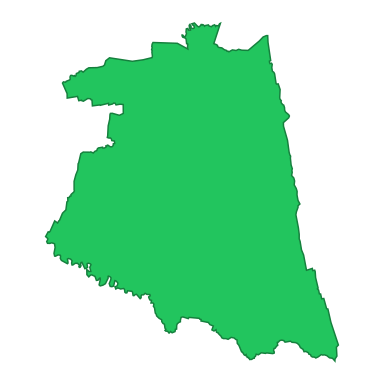 Phra Phrom, Nakhon Si Thammarat, Thailand
{"feature_id": "78962969B31932959470033", "entity_name": "Phra Phrom", "entity_type": "district", "adm_level": 2, "iso_a3": "THA", "parent_name": "Thailand", "parent_adm1": "Nakhon Si Thammarat", "projection": "natural_earth1", "projection_center": [99.929, 8.325], "detail": "fine", "context": "isolated", "style": "filled", "palette": "green", "viewbox_px": 384, "rotation_deg": 0, "n_neighbors": 0, "source": "geoboundaries", "source_scale": "gbopen_adm2", "svg_char_len": 5872}
<svg xmlns="http://www.w3.org/2000/svg" viewBox="0 0 384 384"><path d="M334.9,361.0L335.0,359.0L336.9,356.1L336.4,347.2L338.4,345.0L330.9,322.3L327.9,309.0L326.6,308.7L323.8,298.5L321.7,298.8L320.6,294.0L319.4,293.9L318.6,290.1L317.4,288.9L318.1,288.1L315.6,277.6L315.2,271.7L314.7,270.2L312.7,270.6L312.3,268.4L306.5,270.3L303.6,255.0L301.5,249.9L300.1,241.4L299.2,238.8L299.2,234.3L298.4,227.9L295.9,214.8L296.4,211.8L298.0,207.4L298.0,205.8L299.9,204.0L298.0,200.4L297.0,194.9L297.1,191.3L296.2,188.4L294.2,184.9L294.6,181.0L293.8,178.0L291.6,175.5L292.2,172.4L291.9,170.3L292.3,168.7L291.1,165.0L290.4,158.1L290.6,156.1L289.8,154.8L289.1,152.2L287.5,140.3L283.5,126.2L283.4,122.6L288.7,117.8L289.4,116.0L288.6,114.6L285.6,112.1L284.7,110.4L284.5,107.5L283.7,105.1L282.8,104.7L281.3,102.9L281.0,101.8L281.3,100.8L279.9,98.9L279.7,97.7L280.1,89.5L278.2,83.9L276.6,84.1L276.1,83.6L274.6,73.8L273.9,72.4L272.4,71.2L271.8,67.6L272.2,64.3L271.5,63.2L270.0,63.6L269.5,62.4L269.4,61.1L270.7,60.6L268.0,42.3L267.7,35.6L266.4,35.6L263.1,37.0L259.3,41.0L248.2,50.4L241.8,50.2L238.7,49.3L236.1,50.5L232.4,49.9L228.9,51.8L228.4,51.3L227.0,51.3L226.7,50.5L224.3,49.7L221.9,47.9L218.7,47.4L217.6,46.5L217.5,45.4L216.6,44.7L213.8,43.6L220.4,23.3L219.6,23.7L218.4,25.8L216.2,25.6L215.6,26.4L214.6,24.8L212.5,25.6L211.5,26.7L209.2,26.1L208.4,24.9L205.0,25.6L204.6,26.2L203.4,24.9L202.6,24.6L202.1,25.2L201.2,24.5L199.6,26.6L198.8,26.9L197.5,26.2L194.4,23.0L191.8,23.8L192.5,24.3L192.9,25.2L193.9,25.7L194.3,27.7L193.9,28.2L193.0,28.6L190.8,27.8L191.1,26.7L190.6,26.2L190.8,25.5L189.8,24.5L189.2,25.3L189.4,27.8L190.5,29.5L190.5,30.2L188.5,30.2L188.3,29.2L187.4,28.5L186.3,28.9L186.0,32.0L186.5,33.6L185.3,36.6L183.8,36.4L182.7,35.0L182.0,35.1L182.3,36.5L182.9,37.3L184.7,37.8L186.1,39.0L186.6,43.7L187.5,43.7L187.8,44.2L187.5,47.1L187.8,49.0L177.3,43.3L153.0,42.5L152.1,44.2L151.8,46.6L152.2,47.6L151.6,49.8L152.2,50.6L151.9,52.1L152.4,56.0L152.1,57.6L143.1,59.8L132.3,61.3L109.5,57.8L105.8,60.7L104.5,65.0L102.9,66.3L97.2,67.6L88.8,67.8L86.4,69.2L83.1,72.2L81.5,70.9L79.2,71.3L79.0,72.5L76.4,73.5L75.9,75.7L75.1,76.4L74.4,75.6L73.7,76.1L71.8,75.3L70.6,75.5L70.0,77.0L70.2,79.0L69.7,79.9L66.2,81.3L65.6,82.2L63.4,81.9L62.5,83.1L67.1,93.6L67.2,98.1L77.5,96.4L78.8,100.7L81.6,100.2L81.8,100.7L83.4,101.2L87.8,98.5L90.5,98.8L91.2,99.9L92.0,100.1L92.4,105.9L100.0,104.9L100.2,105.3L108.5,103.3L108.7,105.0L112.5,104.0L113.7,103.1L115.1,103.2L116.0,104.9L120.1,104.2L123.2,104.5L123.3,113.4L119.4,115.3L112.3,113.3L110.4,113.4L110.0,114.5L109.7,119.2L108.2,125.8L107.7,135.7L107.3,137.5L109.1,138.1L110.4,137.9L111.3,138.8L111.8,140.6L114.4,141.0L114.7,143.5L113.3,143.8L113.2,145.6L111.9,146.8L110.3,146.8L107.8,145.1L107.0,145.4L106.8,146.0L105.9,146.0L106.2,146.9L104.5,148.0L102.9,148.1L102.6,147.2L98.5,147.9L97.5,148.6L96.7,150.6L94.9,151.3L93.3,153.0L90.8,151.9L89.8,152.2L83.2,152.1L80.8,153.7L78.7,162.7L78.1,163.8L77.8,169.9L75.8,174.9L74.1,181.3L74.1,189.9L74.4,190.9L73.7,192.1L71.0,194.5L70.9,196.0L69.8,196.2L69.3,197.4L67.7,197.7L67.9,201.0L66.9,201.9L65.9,209.9L62.5,213.2L59.5,220.4L58.7,221.0L57.6,223.0L54.7,220.9L50.2,231.1L49.3,232.2L48.2,231.8L45.6,236.6L47.8,238.6L47.8,239.4L46.7,241.6L47.5,243.3L49.9,243.4L51.7,242.8L54.5,243.7L55.1,247.5L54.0,253.4L54.6,256.1L55.5,256.2L58.1,254.9L60.2,255.2L60.6,256.0L60.3,258.4L61.4,260.4L67.4,263.7L67.9,263.3L68.0,262.1L67.4,259.1L68.3,258.5L70.6,259.1L72.0,260.7L71.6,263.1L72.0,265.0L72.8,265.0L75.2,263.3L77.5,263.3L79.4,265.1L78.9,266.7L79.4,267.4L80.1,267.3L81.0,265.8L80.6,264.0L80.9,262.6L81.9,262.3L84.9,268.7L86.7,268.1L87.6,267.3L87.0,264.1L87.4,263.5L88.4,263.2L90.5,263.9L91.0,264.7L89.8,267.3L90.8,271.4L88.9,271.5L87.5,270.0L86.8,269.8L86.9,274.7L88.8,276.9L90.5,275.1L91.8,274.9L95.0,276.4L96.4,280.4L98.0,280.2L99.5,278.2L100.1,278.1L100.3,279.3L99.1,284.9L100.2,285.9L102.9,285.2L105.4,283.7L108.1,278.2L108.1,276.3L108.6,276.1L110.4,277.0L111.0,277.9L110.8,279.6L109.2,283.6L110.2,286.4L111.9,286.7L113.6,286.1L114.9,280.6L115.8,280.8L117.6,282.6L117.9,283.5L117.2,285.8L115.0,286.9L115.8,289.0L117.8,287.9L120.6,289.0L123.7,288.5L124.5,289.5L124.9,292.3L125.9,293.0L126.9,292.8L127.6,290.8L131.9,291.3L132.5,292.1L133.1,295.5L133.9,295.7L135.2,294.6L136.5,294.3L140.2,298.6L141.1,297.8L141.1,295.9L141.6,294.9L143.6,294.8L145.1,293.3L146.9,294.4L149.8,294.5L150.2,295.8L148.7,296.8L148.7,297.4L149.8,299.9L151.5,300.4L151.0,303.0L152.8,302.9L153.9,304.1L153.4,306.3L154.5,307.8L155.3,313.1L156.3,314.4L156.6,315.9L159.2,318.4L161.6,319.7L161.8,321.7L163.0,323.5L164.4,324.2L165.0,328.2L165.9,329.2L165.0,330.4L165.8,331.1L167.7,331.3L168.9,333.0L169.3,333.0L170.6,331.5L172.1,332.8L175.0,331.6L175.4,329.3L176.6,329.1L176.7,325.4L177.2,323.9L178.9,322.4L180.4,321.8L180.4,320.2L181.1,317.4L182.8,316.9L188.3,318.6L189.0,317.4L199.2,318.3L199.7,319.1L201.1,319.5L201.0,321.0L208.4,322.5L209.9,324.6L213.3,326.0L211.9,329.9L214.0,331.0L216.0,329.7L216.5,332.2L218.3,333.0L218.4,333.6L221.1,336.3L221.8,337.8L223.5,338.6L226.0,338.6L228.1,339.3L231.2,337.4L234.2,338.0L235.7,339.4L237.0,339.9L237.3,343.4L238.9,345.3L241.6,351.9L242.4,352.1L244.2,354.9L245.0,355.3L246.0,354.7L245.9,355.7L247.1,356.5L247.2,357.4L248.7,357.6L248.8,358.4L249.5,358.9L249.7,359.5L251.7,359.4L253.1,358.4L254.3,358.2L254.5,357.0L255.5,356.3L256.2,354.2L258.3,354.8L261.3,352.8L265.6,353.4L266.6,352.9L272.7,353.6L274.1,353.2L274.3,352.0L273.6,350.9L274.0,348.5L275.2,348.2L276.6,346.1L277.7,345.4L277.3,342.4L278.4,342.1L279.7,340.6L281.7,340.1L283.9,340.6L284.6,341.9L285.4,342.1L290.5,341.2L292.0,342.3L295.5,342.6L297.4,343.4L299.3,345.3L300.4,347.6L303.1,349.4L304.0,351.7L306.0,351.5L308.4,352.8L308.9,354.2L310.5,354.6L311.0,356.0L312.3,357.0L314.5,357.1L315.8,358.0L318.3,356.8L321.2,354.6L322.9,355.1L324.2,354.8L326.8,355.6L329.5,357.8L332.5,358.3L334.9,361.0Z" fill="#22c55e" stroke="#15803d" stroke-width="1.5"/></svg>